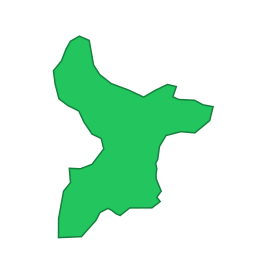 outline of Priekulu, rotated 170°
{"feature_id": "LVA-5794", "entity_name": "Priekulu", "entity_type": "Municipality", "adm_level": 1, "iso_a3": "LVA", "parent_name": "Latvia", "parent_adm1": "", "projection": "mercator", "projection_center": [25.467, 57.339], "detail": "fine", "context": "isolated", "style": "filled", "palette": "green", "viewbox_px": 256, "rotation_deg": 170, "n_neighbors": 0, "source": "natural_earth", "source_scale": "10m", "svg_char_len": 829}
<svg xmlns="http://www.w3.org/2000/svg" viewBox="0 0 256 256"><g transform="rotate(170 128 128)"><path d="M192.7,29.1L215.5,32.1L212.1,50.8L202.4,77.0L194.1,84.2L192.8,98.5L181.9,96.1L169.7,98.5L155.5,111.6L156.2,122.3L164.5,128.3L170.3,141.4L173.5,153.3L183.1,160.4L190.9,168.7L192.1,184.2L191.5,197.3L181.9,205.6L175.4,216.3L169.7,223.4L160.0,226.9L151.0,221.0L151.0,196.1L146.5,185.4L136.9,174.7L120.8,165.2L107.3,155.7L94.5,160.4L81.6,164.0L73.2,160.4L78.4,150.9L73.2,147.3L57.8,143.8L50.1,137.8L40.5,134.2L46.3,121.1L63.0,111.6L76.5,115.2L91.9,114.0L100.2,104.4L104.2,92.0L106.9,88.5L106.7,82.8L108.4,77.9L109.1,72.9L106.3,60.0L110.7,55.8L111.6,54.7L109.1,50.0L118.2,45.2L140.2,49.0L150.9,43.2L154.6,45.6L158.6,50.0L161.7,52.3L170.2,49.7L175.8,42.5L192.7,29.1Z" fill="#22c55e" stroke="#15803d" stroke-width="1.5"/></g></svg>